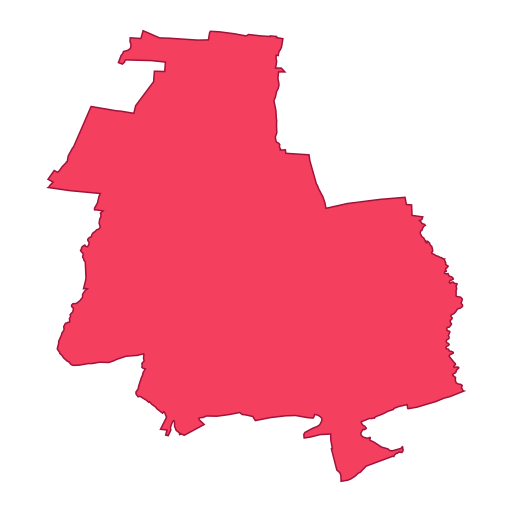 Arcani, Gorj, Romania (Equal Earth projection)
{"feature_id": "2599482B98207441284100", "entity_name": "Arcani", "entity_type": "district", "adm_level": 2, "iso_a3": "ROU", "parent_name": "Romania", "parent_adm1": "Gorj", "projection": "equal_earth", "projection_center": [23.138, 45.073], "detail": "fine", "context": "isolated", "style": "filled", "palette": "rose", "viewbox_px": 512, "rotation_deg": 0, "n_neighbors": 0, "source": "geoboundaries", "source_scale": "gbopen_adm2", "svg_char_len": 5971}
<svg xmlns="http://www.w3.org/2000/svg" viewBox="0 0 512 512"><path d="M456.7,289.0L456.1,286.0L457.0,284.5L456.9,283.6L454.8,283.5L453.0,282.0L451.7,282.2L450.3,283.3L449.3,282.5L449.6,281.3L450.3,280.5L453.1,279.3L453.2,278.6L452.6,277.6L451.4,276.8L449.1,276.0L448.1,273.6L446.1,273.8L444.5,273.1L444.7,271.5L446.2,271.3L446.2,270.6L445.5,269.2L445.7,268.5L446.9,267.9L448.2,266.2L445.7,264.5L445.7,262.7L444.4,259.8L444.7,259.0L443.1,258.8L441.4,257.6L440.0,257.4L438.2,256.3L435.9,255.6L434.0,254.3L432.1,253.6L431.7,252.5L432.7,251.3L432.6,249.7L431.8,246.5L430.0,244.8L429.7,243.3L428.0,241.5L427.2,241.2L426.8,242.8L425.8,242.3L425.4,241.5L425.5,240.7L424.9,240.2L423.8,238.1L421.8,236.5L420.5,233.9L420.2,232.5L420.8,231.0L422.1,230.1L422.6,228.2L424.1,226.0L425.3,225.4L424.6,224.4L422.0,223.5L420.8,221.7L419.4,220.6L421.8,219.6L422.8,216.9L412.0,215.4L411.6,204.9L406.4,204.5L405.0,197.3L379.9,199.4L347.5,203.5L326.0,208.3L324.8,202.4L322.9,196.8L318.7,188.9L317.3,185.2L316.5,184.3L309.9,160.9L309.0,154.8L285.8,153.3L285.4,149.8L280.3,150.1L280.4,148.9L279.5,147.1L279.7,144.4L278.8,143.3L276.2,141.8L275.4,138.0L275.5,136.3L276.8,132.9L276.5,125.0L276.7,120.7L276.3,118.1L275.9,110.5L273.9,100.5L275.4,97.2L276.6,91.5L278.2,88.5L278.9,85.7L278.9,83.6L277.9,78.5L278.6,71.9L284.8,71.9L281.3,68.1L275.4,68.0L275.9,66.4L276.7,61.3L276.1,58.9L276.1,55.4L278.3,55.5L278.4,53.9L279.3,50.8L280.1,50.2L281.5,47.1L282.9,38.7L276.5,37.6L276.6,36.5L270.2,35.9L270.1,36.5L260.9,35.9L248.4,34.5L247.0,35.6L245.8,35.9L234.8,33.8L219.3,31.8L210.7,31.3L210.3,31.4L209.6,32.6L208.4,39.9L197.6,40.1L169.2,38.2L159.6,37.9L143.1,30.7L140.9,38.5L130.2,37.8L130.0,41.6L131.0,44.4L130.8,46.9L130.2,48.6L127.6,50.4L123.5,51.5L122.5,54.0L121.2,55.3L118.4,62.6L122.4,64.1L124.5,62.2L125.2,60.1L126.7,59.9L151.5,60.6L165.4,62.1L164.7,71.5L154.4,71.2L153.6,81.7L135.7,105.6L133.8,113.3L121.7,111.3L115.8,110.7L91.1,106.5L73.6,146.8L72.6,147.9L68.3,155.7L67.2,161.7L66.4,161.9L65.9,162.9L62.1,166.8L59.6,170.4L57.7,172.3L54.2,170.5L48.0,179.3L53.1,182.1L49.9,185.4L48.9,187.0L48.2,187.5L69.5,190.6L100.3,193.5L99.0,196.3L97.4,203.1L94.6,208.0L94.4,209.4L94.6,209.9L96.6,209.9L103.0,210.9L100.4,213.2L100.9,214.2L100.9,216.8L99.7,219.1L99.1,223.3L100.3,227.0L99.2,228.8L96.4,230.0L95.1,231.6L93.2,232.6L92.0,234.4L91.3,236.7L89.3,237.6L87.9,239.0L87.7,240.0L88.1,241.0L88.9,242.0L89.1,243.1L88.8,244.5L87.6,246.7L85.4,246.3L84.9,245.1L84.5,245.1L82.2,246.7L81.4,248.2L81.6,249.1L80.5,250.3L81.0,251.3L83.1,253.6L83.2,255.1L82.6,256.1L82.8,257.6L83.5,258.4L84.1,260.6L85.2,261.7L85.4,264.9L86.0,277.8L85.5,280.9L83.5,288.8L85.7,288.5L87.4,288.8L85.2,290.5L83.0,293.5L82.6,294.6L82.5,297.4L79.6,301.0L76.2,303.5L72.9,303.7L71.6,305.1L71.6,306.4L72.5,307.6L73.3,308.0L73.4,308.7L72.8,311.8L70.2,314.5L70.5,316.7L69.4,318.6L69.8,321.8L69.4,322.2L67.8,322.3L66.5,323.2L65.5,323.2L63.7,326.6L64.1,329.2L63.3,331.2L62.0,332.8L61.5,334.9L58.7,341.2L58.6,343.6L57.3,348.5L57.5,349.5L59.3,351.8L59.9,353.6L61.8,355.2L63.7,358.0L67.3,361.2L69.3,362.2L70.6,364.1L72.2,365.1L73.9,365.4L79.5,365.1L88.1,363.6L91.9,363.6L99.7,362.2L108.8,362.5L114.3,360.6L116.3,359.5L126.2,356.2L137.2,355.4L143.7,353.8L143.9,354.8L143.5,358.0L144.1,361.1L141.9,363.3L142.1,365.5L141.9,367.4L143.3,368.4L145.3,368.8L142.9,373.0L142.6,375.0L141.3,377.9L138.9,385.3L138.1,389.0L136.0,391.9L136.0,394.0L138.1,396.8L139.9,396.3L146.5,400.3L148.7,402.3L149.5,401.8L151.9,404.4L155.2,406.7L157.3,409.1L162.6,413.2L163.9,411.8L164.6,412.5L166.5,417.3L160.5,429.3L167.0,430.0L165.7,435.1L168.2,435.7L170.8,430.2L170.5,427.7L170.8,426.3L172.5,421.8L173.7,420.6L174.4,421.4L174.6,426.4L176.2,430.4L179.8,433.2L179.4,434.1L179.6,434.6L181.6,434.0L184.2,435.3L204.2,424.5L199.4,419.9L198.7,418.3L199.6,417.8L202.9,417.5L206.5,416.0L217.1,416.2L229.6,414.5L239.6,412.5L242.2,414.5L245.7,414.9L252.8,416.5L255.3,420.6L271.0,417.5L285.8,415.8L295.7,415.5L306.6,417.5L312.9,418.1L313.6,417.6L314.7,414.5L318.0,415.2L320.7,417.0L321.6,418.2L322.0,419.4L321.7,420.9L320.0,424.3L319.0,425.4L316.9,426.6L313.0,428.1L305.0,432.4L303.9,434.1L303.9,436.2L304.2,438.0L310.7,437.0L320.0,434.6L330.7,434.0L330.8,440.0L332.3,448.5L331.4,448.8L336.8,470.0L339.7,472.6L340.6,474.6L340.9,476.1L341.1,481.3L347.7,480.2L350.7,479.0L355.3,476.0L358.2,473.2L360.3,472.2L366.2,466.1L392.5,456.3L393.9,456.5L394.3,455.2L396.4,453.3L397.5,453.2L398.7,452.2L401.9,452.4L402.5,451.8L403.0,450.6L403.1,449.4L402.7,448.4L402.7,447.0L402.3,446.7L401.3,448.1L400.3,448.6L392.3,450.8L389.6,450.5L388.0,448.9L381.6,447.1L373.6,441.9L370.2,440.4L369.7,439.8L370.3,438.0L370.1,437.4L369.5,437.4L368.5,438.1L366.5,438.1L362.8,436.9L361.4,435.4L360.7,433.2L362.9,429.4L364.0,429.8L366.2,428.6L366.3,428.2L364.7,426.2L362.5,424.9L361.2,422.4L361.4,421.7L369.3,418.5L371.6,418.6L373.4,418.0L374.4,418.2L375.4,416.8L383.1,413.8L388.1,411.2L393.4,409.5L393.9,408.4L398.9,406.5L407.1,404.6L407.7,408.4L408.1,408.7L416.9,407.2L436.0,401.5L444.2,398.1L450.0,396.6L464.0,391.0L462.8,390.6L462.3,389.0L461.7,388.2L461.5,387.4L462.2,385.7L461.9,385.1L460.5,384.3L458.2,384.0L456.2,382.8L455.4,380.6L455.5,377.4L453.6,376.0L452.7,374.9L453.3,373.9L455.6,372.7L456.8,369.7L458.5,368.4L458.8,367.8L458.5,367.3L457.7,367.0L454.0,367.2L453.8,366.5L454.1,365.7L455.5,364.7L455.3,363.5L454.2,362.6L449.1,356.2L449.6,355.0L452.8,353.4L453.3,353.0L453.3,352.4L451.6,351.4L449.8,351.1L449.0,350.6L448.6,349.2L446.3,348.7L445.8,347.8L446.5,346.5L448.5,345.5L449.1,344.6L448.6,343.6L446.5,342.5L446.2,341.0L447.1,339.7L448.9,338.7L449.1,337.1L448.4,335.3L449.9,332.0L449.4,331.2L447.2,330.6L446.7,328.5L447.5,327.3L449.0,327.3L451.4,324.5L451.3,323.5L450.2,322.0L450.4,320.1L451.5,319.6L452.3,318.0L451.2,316.9L450.8,315.9L451.0,315.5L451.6,314.7L453.8,313.7L455.6,311.9L457.5,309.0L460.1,308.2L462.1,306.8L462.6,306.0L462.5,305.0L461.1,303.2L462.3,299.5L462.1,298.8L460.7,297.2L456.9,296.5L456.1,296.0L456.1,290.2L456.7,289.0Z" fill="#f43f5e" stroke="#9f1239" stroke-width="1.5"/></svg>